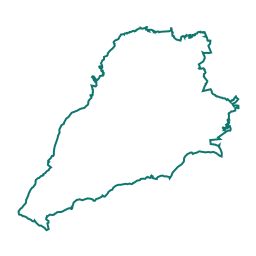 the district of Stoilesti, Vâlcea, Romania, rotated 179°
{"feature_id": "2599482B98117810707628", "entity_name": "Stoilesti", "entity_type": "district", "adm_level": 2, "iso_a3": "ROU", "parent_name": "Romania", "parent_adm1": "Vâlcea", "projection": "mercator", "projection_center": [24.361, 44.917], "detail": "fine", "context": "isolated", "style": "outline", "palette": "teal", "viewbox_px": 256, "rotation_deg": 179, "n_neighbors": 0, "source": "geoboundaries", "source_scale": "gbopen_adm2", "svg_char_len": 5797}
<svg xmlns="http://www.w3.org/2000/svg" viewBox="0 0 256 256"><g transform="rotate(179 128 128)"><path d="M163.9,160.4L164.1,158.8L166.0,157.0L167.2,155.2L167.3,152.9L167.9,151.8L170.0,150.2L171.0,149.0L175.5,147.9L178.5,146.2L184.1,144.2L187.3,140.0L189.5,138.6L191.8,134.6L192.0,133.4L194.4,132.0L196.6,127.8L196.7,126.3L196.4,124.7L198.2,121.2L198.4,119.6L201.6,110.9L202.5,106.2L202.6,102.8L202.9,101.8L203.4,101.3L204.5,101.4L205.5,99.6L208.4,96.7L208.4,96.1L207.5,95.5L208.6,94.4L208.5,93.7L208.7,92.5L205.7,90.0L207.3,88.7L207.9,87.4L210.0,86.2L211.3,84.6L213.6,83.1L213.8,82.8L213.6,82.1L216.1,81.3L217.7,79.6L219.1,79.3L221.1,77.6L221.4,76.3L221.2,75.7L221.8,73.0L222.8,72.1L223.8,70.5L225.1,69.8L226.5,67.9L228.5,64.0L228.9,62.1L229.7,61.0L229.7,60.3L231.0,58.2L231.3,55.4L231.7,54.4L233.7,52.4L235.5,50.0L236.8,49.3L238.7,46.8L238.9,45.9L238.4,43.4L236.1,42.9L234.7,41.6L234.1,41.8L231.5,40.8L229.3,39.0L226.6,37.9L225.2,36.5L223.3,36.2L223.0,37.1L221.5,34.9L219.2,32.6L218.2,31.9L216.7,32.0L214.2,30.3L212.8,29.3L212.4,28.5L211.2,27.3L209.1,28.3L210.3,34.0L209.2,34.6L209.0,36.2L211.5,38.3L211.0,40.2L210.5,40.4L210.4,41.3L209.9,41.2L207.6,42.7L204.6,42.3L203.1,42.9L202.9,43.5L202.0,43.7L200.2,45.1L195.8,45.3L189.4,48.5L186.7,49.0L186.2,48.8L186.1,48.0L185.7,48.0L185.2,48.8L185.4,49.5L185.1,49.7L185.4,50.4L184.9,50.5L183.6,54.5L180.3,57.1L179.1,57.1L177.7,57.6L175.0,56.6L169.6,58.3L166.6,57.9L164.4,57.1L163.9,56.0L162.4,55.8L161.1,57.5L158.3,58.3L155.2,59.9L154.7,61.0L153.0,59.8L152.2,60.0L149.7,62.6L148.5,64.6L146.2,66.2L144.8,66.6L143.7,68.6L141.3,70.4L138.7,71.4L136.5,71.3L132.2,72.1L130.9,72.2L129.7,71.8L127.3,72.4L125.5,71.8L124.4,72.2L124.0,72.9L122.7,73.2L120.1,75.1L117.0,75.7L116.4,76.7L114.5,77.1L111.7,76.9L110.2,78.4L109.4,78.3L109.0,78.7L107.0,77.7L105.8,78.0L105.8,79.4L105.1,79.3L105.0,79.8L104.1,79.1L103.9,77.4L100.9,76.6L100.1,76.5L100.0,77.3L99.2,78.3L96.2,79.6L94.1,79.8L92.6,79.0L90.5,79.0L87.6,78.2L87.2,76.9L85.2,79.9L84.3,82.5L79.0,88.1L74.9,90.8L72.7,93.6L72.4,97.0L70.9,99.1L69.1,100.8L65.6,102.4L64.6,102.3L63.6,100.9L62.6,101.5L59.7,102.1L57.3,103.4L51.1,102.3L48.1,102.6L46.1,102.2L43.1,102.6L40.3,101.4L36.6,98.5L34.9,97.9L34.7,101.5L36.0,105.4L37.3,107.3L36.9,109.5L38.0,108.5L41.4,109.9L45.6,110.5L46.0,114.5L36.1,115.3L38.1,117.0L28.3,123.7L25.8,123.6L25.3,125.2L26.1,128.1L26.6,128.0L27.8,126.6L30.9,125.5L31.2,124.6L31.5,124.7L31.3,124.0L32.0,124.1L32.2,124.6L32.4,124.5L32.3,125.2L31.9,125.4L32.5,126.2L33.5,125.6L33.0,126.3L33.1,126.7L32.5,126.9L31.5,126.2L30.8,126.3L29.9,127.2L27.7,128.1L27.7,129.3L29.5,128.7L29.9,129.5L27.5,130.6L27.6,130.9L28.3,131.0L27.9,131.5L26.7,131.6L26.7,132.2L27.2,132.7L27.2,133.7L28.2,133.5L28.3,133.8L28.2,134.6L26.6,134.5L27.0,136.3L26.8,139.2L27.2,140.0L27.0,141.0L25.7,141.5L24.6,142.7L23.2,142.7L20.4,143.6L20.4,146.1L19.0,146.5L17.5,145.8L17.1,146.1L17.3,148.4L20.6,148.8L21.8,147.9L23.2,150.3L20.0,151.7L17.3,154.9L19.1,156.6L19.6,157.7L20.1,157.2L20.3,156.4L21.3,155.8L22.1,154.0L22.8,153.8L22.9,154.1L23.4,154.1L24.3,153.3L24.9,152.0L27.8,155.1L28.8,154.3L30.5,155.9L32.9,156.1L33.5,156.7L35.1,156.8L36.8,157.7L38.5,157.9L38.8,158.4L39.7,158.5L40.2,159.4L42.4,160.4L43.5,161.7L43.7,163.4L44.7,165.3L52.5,163.6L50.6,168.4L49.3,170.4L49.6,170.9L48.5,171.8L47.8,173.4L51.3,178.0L50.9,178.6L51.3,179.4L51.1,180.6L49.9,181.4L49.5,182.2L50.7,184.8L50.4,185.0L51.4,186.4L55.2,185.9L56.0,186.3L55.0,187.5L56.1,190.4L51.5,193.3L50.0,196.6L50.2,198.3L51.2,200.1L51.9,202.2L50.6,201.5L48.6,201.8L45.7,201.5L43.6,202.0L46.2,208.8L44.5,210.7L44.1,213.9L45.1,214.1L46.2,213.7L47.0,214.1L47.3,216.7L48.1,217.7L49.5,218.1L48.2,218.6L49.8,222.5L50.8,222.4L51.0,222.0L51.5,222.1L51.6,222.6L53.8,222.3L54.0,223.0L56.6,222.5L57.3,221.3L59.1,220.9L59.4,219.8L59.9,219.8L60.0,219.4L60.3,219.4L60.3,220.1L61.8,219.9L62.2,218.2L63.9,217.2L65.2,217.1L65.2,217.9L64.4,218.3L63.9,219.1L64.0,220.0L64.9,219.9L65.2,219.2L65.6,219.1L66.5,219.5L68.1,219.1L68.2,219.6L69.1,218.8L69.1,218.2L70.1,218.4L70.1,217.8L70.7,218.8L71.6,219.0L73.2,218.0L73.5,215.8L73.8,215.7L74.0,214.5L78.1,215.6L80.4,217.6L80.3,218.3L80.7,218.7L80.7,219.1L81.9,219.4L82.1,221.0L81.8,221.3L81.6,222.6L82.2,222.6L82.8,226.9L83.2,226.9L83.2,225.0L85.0,224.0L92.9,223.7L95.3,223.2L95.5,223.8L95.9,223.9L98.0,223.8L98.2,223.4L99.1,223.6L99.3,223.2L99.7,223.9L100.4,223.6L100.3,224.3L101.1,224.3L101.4,224.7L101.3,225.1L102.9,225.8L105.4,225.8L105.5,225.2L106.1,225.2L105.4,224.3L106.3,224.5L106.8,226.0L107.3,226.3L108.2,226.0L108.7,227.2L107.5,228.2L107.3,228.6L107.6,228.7L109.1,227.7L112.3,227.0L113.8,228.0L113.9,227.4L115.4,227.2L117.3,226.0L117.8,226.1L118.7,224.8L119.9,224.5L120.4,225.1L121.3,225.0L123.6,223.9L124.7,224.0L125.1,223.3L127.4,223.1L127.5,222.5L129.3,222.7L130.2,222.1L130.3,221.6L130.8,221.9L133.5,221.5L134.0,220.3L134.8,219.5L136.0,217.1L139.6,215.6L140.9,214.1L140.4,212.6L139.9,212.3L140.1,211.7L139.8,210.4L142.1,207.7L144.7,205.6L146.6,203.4L147.0,202.7L147.0,201.7L147.6,200.6L150.7,199.5L150.8,197.1L151.4,196.5L152.3,196.2L153.8,193.1L152.9,191.2L152.6,189.4L152.9,188.6L154.7,190.2L155.2,190.1L155.1,189.6L155.6,189.5L155.3,188.7L153.7,187.4L153.7,185.8L153.5,185.5L152.4,185.6L152.6,185.0L152.0,184.4L151.2,184.6L152.0,183.9L151.3,183.4L151.4,182.8L151.8,182.5L150.8,182.0L151.7,182.0L151.6,181.7L152.2,181.5L152.2,180.8L155.1,180.5L156.3,178.0L158.1,176.3L160.3,178.2L160.6,179.2L161.3,179.9L161.7,180.1L162.1,179.6L162.7,180.1L163.1,179.5L161.6,178.1L161.6,177.1L161.2,176.7L161.2,176.2L160.2,175.6L160.0,174.7L159.1,174.7L158.8,173.8L159.0,172.7L158.7,171.1L159.5,170.2L160.1,170.1L161.2,170.6L163.7,171.1L162.9,168.6L162.9,167.2L162.5,167.0L162.4,165.6L162.6,164.8L162.4,164.3L162.8,163.2L162.7,161.8L163.0,161.3L164.4,161.6L165.0,161.4L164.9,160.8L163.9,160.4Z" fill="none" stroke="#0f766e" stroke-width="2"/></g></svg>